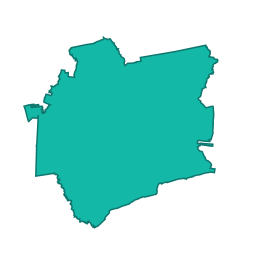 the district of Fagetelu, Olt, Romania, rotated 171°
{"feature_id": "2599482B40628155009559", "entity_name": "Fagetelu", "entity_type": "district", "adm_level": 2, "iso_a3": "ROU", "parent_name": "Romania", "parent_adm1": "Olt", "projection": "equal_earth", "projection_center": [24.54, 44.785], "detail": "fine", "context": "isolated", "style": "filled", "palette": "teal", "viewbox_px": 256, "rotation_deg": 171, "n_neighbors": 0, "source": "geoboundaries", "source_scale": "gbopen_adm2", "svg_char_len": 5818}
<svg xmlns="http://www.w3.org/2000/svg" viewBox="0 0 256 256"><g transform="rotate(171 128 128)"><path d="M227.3,165.7L226.6,162.5L225.5,151.4L225.2,150.0L224.6,150.2L220.8,153.0L215.4,151.7L214.9,154.1L214.7,154.1L220.5,126.7L221.3,124.7L221.3,122.9L221.7,120.9L226.6,94.9L207.9,94.8L208.1,94.4L207.2,94.2L207.1,93.4L205.8,93.4L204.9,92.8L205.1,92.0L204.5,91.5L205.1,91.0L205.6,90.4L205.5,89.0L205.2,88.3L204.5,88.5L203.5,88.1L203.5,87.2L203.9,87.0L204.9,87.3L204.9,86.8L205.9,86.3L206.1,85.9L205.8,85.3L204.8,85.0L205.4,84.1L202.9,83.3L202.9,82.5L202.1,81.6L202.9,80.9L203.1,80.1L202.3,79.2L201.2,79.1L201.3,78.0L200.6,77.5L200.5,76.4L201.1,75.6L200.4,74.6L200.4,74.1L200.9,73.2L201.5,72.8L200.9,72.2L201.5,72.0L201.4,71.1L201.2,70.7L199.9,70.5L200.2,69.3L198.9,69.0L199.0,68.7L199.9,68.1L199.6,67.5L198.8,67.5L198.5,67.3L198.5,66.7L199.1,66.0L199.0,65.7L198.5,65.5L197.6,65.9L196.7,65.4L195.7,65.4L195.4,65.2L195.5,64.8L195.2,64.5L195.8,63.8L196.0,62.6L196.9,62.3L196.6,61.3L195.9,61.2L195.6,59.5L196.0,57.5L196.5,57.0L196.5,56.7L195.7,55.8L194.6,55.3L194.9,54.9L195.0,54.2L194.5,52.7L194.6,51.7L194.3,51.2L195.1,50.3L195.1,49.9L194.3,49.4L194.7,48.5L193.2,48.6L192.6,47.7L192.8,47.3L192.4,47.0L192.1,46.3L191.2,45.7L190.1,45.7L190.5,45.2L189.7,43.7L190.3,43.0L190.1,42.6L188.6,43.1L187.4,42.9L186.9,42.4L185.7,42.5L185.4,42.1L185.6,41.6L184.8,41.5L184.8,40.8L184.1,40.8L183.5,39.9L183.0,40.6L182.6,41.9L181.6,42.1L181.9,41.6L182.1,40.7L181.2,41.2L179.9,40.1L179.2,37.5L178.9,36.9L178.6,36.8L177.8,37.5L177.6,36.8L175.9,35.7L175.8,35.3L176.0,35.2L176.9,35.8L177.8,35.4L176.7,34.7L174.4,35.6L173.1,35.8L164.7,41.6L165.2,42.2L165.0,43.0L159.9,46.9L159.6,47.6L159.6,48.9L157.6,49.9L154.3,50.3L150.9,50.4L146.5,51.6L138.7,52.8L136.9,54.0L134.3,54.8L133.1,55.7L128.0,56.6L126.9,57.2L124.9,57.3L124.0,57.7L123.3,57.7L122.4,57.2L116.6,57.6L111.9,58.2L111.6,58.0L110.3,58.4L109.7,59.1L109.3,60.2L108.9,63.8L108.2,64.9L107.4,66.9L106.0,68.4L105.7,68.2L104.1,68.5L103.7,67.5L103.3,67.5L100.7,68.5L98.2,68.6L98.0,68.0L86.4,69.7L80.5,69.5L80.2,69.1L79.5,69.3L78.4,68.3L77.1,69.4L71.7,69.7L71.9,70.1L65.8,70.8L65.1,70.5L58.9,71.5L52.6,71.4L49.7,70.4L48.5,74.0L53.1,75.3L52.1,76.7L52.0,77.4L51.3,78.2L51.8,80.3L53.1,81.8L53.7,82.8L55.9,84.1L56.4,86.1L56.4,87.0L57.4,88.6L57.6,90.2L58.2,91.7L58.3,93.0L60.7,94.0L61.6,95.0L62.3,96.7L62.0,97.7L62.3,98.5L61.2,98.5L60.6,99.6L59.7,99.3L59.5,100.2L57.5,99.8L51.2,97.9L51.1,97.7L47.3,96.8L46.7,98.7L56.9,101.1L58.4,101.6L61.8,101.8L62.0,103.0L60.4,104.8L54.0,102.9L49.3,101.8L49.0,102.6L49.8,103.4L49.4,103.4L49.1,104.0L47.8,103.5L44.9,109.6L44.7,111.7L42.8,120.6L42.7,122.6L42.2,123.6L41.2,128.1L40.6,135.5L40.7,136.1L41.7,136.3L47.3,135.8L48.1,135.9L50.1,139.4L52.4,141.8L52.0,142.3L52.1,143.4L53.8,145.0L54.0,145.3L53.8,146.4L53.3,147.0L52.2,147.4L51.0,148.4L50.4,150.4L50.0,151.0L50.0,151.6L49.6,152.1L49.5,153.0L48.6,154.0L48.8,154.7L48.4,155.1L47.5,155.2L47.0,155.6L46.1,155.6L45.2,156.1L44.8,156.0L45.1,157.0L44.9,157.2L45.1,157.9L44.3,160.1L43.6,160.4L43.9,160.9L43.1,161.5L42.5,163.8L41.9,164.6L41.2,164.6L40.6,165.3L39.7,165.8L39.7,166.1L40.4,166.8L39.8,167.6L39.4,168.0L37.0,168.8L36.7,168.8L36.7,168.3L36.2,168.4L35.8,168.1L35.5,168.6L35.8,169.3L35.2,169.3L34.8,169.6L35.2,171.8L35.0,172.5L36.0,172.6L35.0,174.2L35.1,174.9L34.2,175.4L34.3,176.5L34.0,177.3L32.6,178.2L31.3,178.2L30.8,179.0L29.8,179.0L29.8,179.3L29.0,179.9L28.7,180.5L29.0,181.8L30.5,182.0L31.9,182.8L32.1,183.6L32.7,184.5L34.3,184.6L35.1,185.3L36.7,185.5L37.0,186.3L36.3,186.6L35.1,188.6L35.4,189.7L34.9,190.3L34.9,191.4L35.9,192.3L36.2,192.3L36.5,193.1L37.0,193.5L37.3,195.5L38.1,195.4L37.9,196.5L38.2,197.6L69.6,196.1L104.8,195.7L104.7,191.9L109.8,192.0L109.9,191.4L112.1,191.6L112.6,191.3L118.2,191.9L121.2,190.1L121.4,190.5L121.7,192.9L120.9,194.2L120.9,196.8L121.6,198.0L123.6,199.4L123.7,199.8L123.6,201.0L124.2,201.8L125.0,202.3L125.0,205.4L125.3,206.0L126.5,206.9L126.2,207.2L125.3,207.5L125.1,207.8L127.1,208.5L126.9,209.8L127.8,210.9L127.8,211.6L128.6,212.1L128.3,213.5L128.4,214.0L128.8,214.3L130.0,214.5L129.8,215.4L130.4,216.0L131.5,218.7L132.3,218.9L133.9,218.3L134.4,219.0L136.8,219.8L138.0,221.3L138.2,220.0L139.0,219.1L140.7,219.2L142.9,218.4L145.5,218.1L146.9,217.4L147.9,217.4L148.2,216.8L155.5,216.9L171.4,216.2L171.4,215.5L172.3,215.4L172.7,214.7L173.3,214.6L174.0,213.8L174.0,213.3L173.7,212.2L173.9,210.7L173.6,209.4L171.6,209.2L171.5,208.8L172.1,208.4L171.7,208.2L171.8,207.7L171.6,207.1L170.9,206.2L170.6,205.0L168.6,205.1L168.2,204.9L168.2,203.7L169.4,203.6L169.5,202.6L167.7,202.5L167.3,201.1L168.2,200.0L168.6,198.7L169.1,198.3L169.5,196.7L169.4,196.1L170.2,194.2L170.3,193.4L171.5,192.2L173.1,188.8L172.7,187.1L172.9,186.4L178.9,188.0L179.1,188.5L178.6,190.3L178.4,192.1L181.3,192.2L181.5,194.9L184.7,195.7L185.3,194.0L186.5,191.8L187.5,191.1L187.7,190.4L188.6,189.8L188.4,189.2L187.8,188.8L188.0,187.6L187.6,187.1L187.6,186.8L189.0,186.0L189.4,185.1L190.0,184.5L189.8,183.3L190.0,182.1L191.9,182.2L192.9,181.0L193.8,181.1L194.7,180.2L197.3,181.6L197.5,181.2L196.8,180.5L197.4,178.7L198.8,177.2L198.7,176.5L199.9,177.1L200.4,175.4L199.1,175.2L198.7,174.7L197.5,174.4L197.5,173.8L198.8,172.1L203.6,174.2L205.1,171.3L205.6,171.1L206.0,170.1L205.8,169.8L206.6,168.6L206.9,167.7L206.9,166.6L201.5,163.2L202.0,163.2L202.2,162.6L202.7,162.6L202.9,161.9L203.6,161.5L203.8,160.8L204.3,161.0L204.8,159.6L206.0,159.4L207.1,158.7L206.7,157.1L207.2,156.5L208.6,157.3L208.8,157.1L208.5,156.1L208.8,155.7L210.2,155.9L209.9,156.9L210.6,157.1L210.5,157.5L210.0,158.7L209.2,158.5L209.2,159.2L210.7,159.6L210.5,160.4L209.4,160.2L209.1,161.5L209.4,161.8L209.1,162.7L212.5,163.4L212.6,162.8L220.1,163.4L220.4,164.2L220.3,164.9L212.8,164.4L212.7,165.1L218.1,165.3L217.2,165.9L216.5,166.1L220.1,166.3L221.5,166.0L222.1,166.4L227.3,165.7Z" fill="#14b8a6" stroke="#0f766e" stroke-width="1.5"/></g></svg>